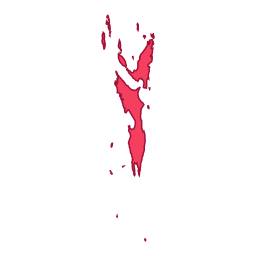 Ko Yao, Phangnga, Thailand (Equal Earth projection)
{"feature_id": "78962969B39979274143767", "entity_name": "Ko Yao", "entity_type": "district", "adm_level": 2, "iso_a3": "THA", "parent_name": "Thailand", "parent_adm1": "Phangnga", "projection": "equal_earth", "projection_center": [98.565, 7.992], "detail": "fine", "context": "isolated", "style": "filled", "palette": "rose", "viewbox_px": 256, "rotation_deg": 0, "n_neighbors": 0, "source": "geoboundaries", "source_scale": "gbopen_adm2", "svg_char_len": 5798}
<svg xmlns="http://www.w3.org/2000/svg" viewBox="0 0 256 256"><path d="M117.7,74.8L116.5,71.6L116.1,71.4L116.0,72.2L118.1,77.5L117.8,78.8L117.1,78.6L117.0,78.9L117.9,81.7L117.2,82.8L117.1,84.0L116.5,84.3L116.1,83.8L115.9,82.7L116.5,82.0L116.1,81.7L116.0,81.1L115.4,81.1L115.2,82.3L114.9,82.7L115.1,83.4L114.9,84.0L115.1,84.7L116.0,85.6L117.1,87.7L117.5,91.4L117.1,92.4L117.4,92.7L118.6,92.8L120.1,94.2L120.5,94.0L120.9,95.0L121.1,94.6L121.3,95.0L121.0,95.5L121.1,95.8L119.8,95.3L119.7,96.0L120.9,97.9L121.0,99.2L121.5,99.9L121.9,99.8L122.6,98.8L123.2,99.7L122.7,100.6L122.1,100.9L122.2,102.6L123.2,103.9L122.9,105.0L124.1,108.3L124.5,108.6L125.0,108.4L125.2,108.9L124.6,110.3L125.0,112.4L126.2,112.7L126.9,111.2L128.3,109.8L128.6,109.8L135.0,120.5L135.3,122.0L135.3,124.2L135.0,126.1L133.8,128.7L131.7,129.6L129.9,127.9L128.8,129.0L128.7,130.3L128.9,131.4L130.1,133.4L130.7,136.2L129.1,140.6L128.5,143.0L129.3,145.4L129.3,147.0L130.0,148.6L130.6,152.8L131.6,154.5L131.7,155.9L132.8,159.1L132.7,159.6L132.3,159.7L132.4,161.4L131.9,161.9L131.8,162.7L132.5,164.1L132.2,165.4L132.6,169.3L133.7,171.9L134.5,172.0L134.7,171.4L134.6,169.6L133.8,164.1L134.6,162.7L135.3,163.8L135.9,164.1L135.8,164.6L136.1,163.8L136.8,163.0L137.1,164.7L137.6,165.6L137.7,166.8L138.5,168.0L138.9,169.3L138.2,170.0L138.2,171.1L138.7,172.5L138.8,174.5L139.3,175.4L139.7,171.5L140.2,170.3L140.1,169.2L140.6,166.2L140.6,163.6L141.8,160.0L142.3,156.1L143.0,155.7L142.9,154.9L143.4,152.5L143.7,152.3L144.3,149.8L144.2,147.3L145.2,140.5L144.8,138.2L145.0,136.5L144.7,133.8L143.9,131.2L143.1,131.8L142.9,130.7L142.2,129.8L142.2,129.2L141.7,128.5L141.7,121.4L141.5,120.3L141.1,120.3L140.9,119.9L140.5,116.2L140.5,114.8L140.9,113.7L140.9,112.7L140.7,112.1L141.2,110.1L141.0,109.1L140.5,108.6L141.2,109.0L143.9,104.6L142.6,102.6L141.5,102.2L138.9,98.5L137.9,94.8L138.0,92.1L139.6,88.1L140.3,87.0L138.9,88.0L138.0,88.3L136.0,90.1L134.7,90.4L133.9,90.2L133.8,90.4L133.5,90.0L132.2,89.9L130.9,89.2L128.8,87.3L128.1,86.0L125.9,84.9L124.2,82.1L123.6,81.9L123.1,80.8L122.3,80.6L121.8,79.3L121.1,79.0L120.5,77.8L119.4,77.2L118.9,76.1L117.7,74.8ZM152.5,40.0L152.0,39.6L149.6,40.3L149.4,41.6L150.1,42.5L149.2,44.6L148.4,44.4L148.6,43.4L148.4,42.1L148.1,41.7L147.7,41.7L147.3,45.4L144.9,49.3L142.4,52.7L140.8,54.4L139.7,57.0L139.6,60.0L138.4,61.0L137.9,62.0L137.9,66.9L137.5,68.8L136.4,70.6L135.6,70.7L134.3,70.2L133.2,72.6L132.4,72.8L131.0,72.3L130.3,71.3L128.2,70.0L127.7,70.3L128.8,72.9L132.2,76.5L133.2,78.2L135.0,79.3L135.8,80.4L137.1,80.7L137.9,81.3L139.3,78.7L140.9,78.3L141.4,79.3L142.1,79.2L143.3,80.6L143.8,81.8L144.0,83.6L143.3,87.1L144.3,88.0L145.5,87.7L146.4,88.1L146.4,87.1L146.8,85.6L146.6,84.5L146.7,82.2L146.6,80.3L147.8,78.4L148.2,78.2L148.7,78.8L148.6,77.4L148.2,76.9L148.3,75.0L148.8,72.4L149.3,71.2L149.1,68.9L149.7,67.2L149.3,66.6L148.8,66.9L148.1,66.6L147.9,65.6L148.3,64.5L148.9,64.2L149.3,63.5L151.5,61.8L152.0,60.4L152.2,56.9L151.8,56.7L151.2,57.1L150.9,56.8L150.9,56.2L150.4,56.2L150.4,55.8L151.2,55.1L151.9,55.4L151.8,54.3L152.4,52.8L152.3,51.9L152.8,48.4L151.8,48.9L151.2,48.3L151.8,47.5L151.5,46.9L151.5,46.5L152.2,46.1L152.0,45.8L152.1,45.0L152.6,44.2L153.2,44.5L153.6,43.5L153.0,42.7L152.5,43.0L152.3,42.7L152.4,42.0L152.9,42.1L153.1,41.6L152.7,41.4L152.4,40.6L152.5,40.0ZM118.6,53.7L118.4,54.1L118.5,58.0L119.8,61.7L122.6,65.1L125.4,66.6L126.0,67.4L126.0,67.0L126.3,65.4L125.5,63.0L125.5,62.1L124.9,60.8L123.9,59.1L121.8,56.4L120.0,55.5L118.6,53.7ZM104.4,33.7L103.5,32.8L103.6,33.4L103.1,34.1L103.2,33.3L102.7,33.4L102.3,35.5L102.3,37.0L102.8,38.0L102.3,39.3L102.0,41.3L102.5,42.8L102.5,43.7L103.1,44.1L103.6,45.0L103.4,46.1L103.9,48.0L103.9,49.5L104.7,47.9L105.2,44.8L105.1,43.4L104.4,43.4L104.9,42.7L104.5,41.5L104.7,40.6L104.2,39.6L104.6,36.0L104.0,35.0L104.4,34.5L104.4,33.7ZM119.9,48.6L120.4,48.3L120.6,45.2L120.0,41.5L119.4,40.3L118.4,45.9L118.7,47.3L119.5,48.5L119.9,48.6ZM109.2,23.6L109.1,22.1L108.1,23.0L108.5,26.3L108.2,27.0L109.2,29.9L109.6,30.2L110.0,29.9L110.2,28.9L109.8,25.3L109.2,23.6ZM153.3,33.9L152.5,34.6L152.0,36.3L152.1,36.9L153.5,38.3L153.8,38.1L154.0,36.7L153.9,36.2L153.2,35.4L153.5,34.2L153.3,33.9ZM138.0,30.2L138.3,28.5L138.2,24.5L137.5,23.7L137.2,24.6L137.7,26.8L137.3,29.0L138.0,30.2ZM145.0,35.7L143.8,35.6L143.5,36.4L143.9,36.6L144.5,38.0L145.2,37.1L145.4,36.3L145.0,35.7ZM107.3,16.0L106.8,17.2L107.1,17.6L108.0,17.3L108.9,20.5L109.3,21.0L109.3,19.8L108.9,19.3L108.3,16.9L107.7,17.1L107.3,16.0ZM111.6,147.0L112.2,145.4L112.5,142.7L111.6,144.0L111.2,145.4L111.3,146.9L111.6,147.0ZM107.6,22.6L106.9,21.1L106.8,21.6L106.6,21.6L106.3,23.4L106.3,23.9L106.8,24.2L107.1,24.2L107.6,23.5L107.2,23.3L107.6,22.6ZM134.8,172.9L134.6,172.5L133.7,173.2L133.8,174.3L134.5,175.5L135.0,174.7L134.8,174.2L134.8,172.9ZM148.9,107.8L148.4,105.8L148.0,105.8L147.7,106.4L148.0,106.9L148.0,107.9L148.8,108.4L148.9,107.8ZM129.5,125.7L128.5,126.2L128.7,127.1L129.6,126.8L129.8,126.2L129.5,125.7ZM110.1,33.5L110.6,31.5L110.0,31.1L109.7,33.0L110.1,33.5ZM145.4,240.6L145.7,240.1L145.4,239.2L145.0,239.0L144.8,239.8L145.4,240.6ZM127.2,70.2L127.6,69.2L127.4,68.8L126.7,69.5L126.8,70.0L127.2,70.2ZM133.1,58.1L133.1,56.9L132.7,56.0L132.6,57.3L133.1,58.1ZM151.7,36.3L151.6,35.0L151.2,34.6L151.2,35.9L151.7,36.3ZM111.9,174.1L112.1,173.9L111.9,173.2L111.4,172.8L110.9,173.2L111.9,174.1ZM121.3,50.6L121.3,49.6L120.6,49.7L121.0,50.4L121.3,50.6ZM120.6,53.2L120.7,52.4L120.2,52.2L120.1,52.9L120.6,53.2ZM149.8,88.0L149.2,88.0L149.7,89.3L149.8,89.1L149.6,88.7L149.8,88.0ZM117.1,217.0L117.3,216.6L117.1,215.8L116.8,216.6L117.1,217.0ZM122.8,166.9L123.6,166.2L122.9,166.3L122.7,166.7L122.8,166.9ZM108.3,16.8L108.4,16.1L108.2,15.4L108.1,16.3L108.3,16.8ZM109.9,36.0L109.9,35.4L109.5,35.3L109.5,35.5L109.9,36.0ZM110.8,171.7L110.5,170.8L110.3,170.8L110.3,171.4L110.8,171.7Z" fill="#f43f5e" stroke="#9f1239" stroke-width="1.5"/></svg>